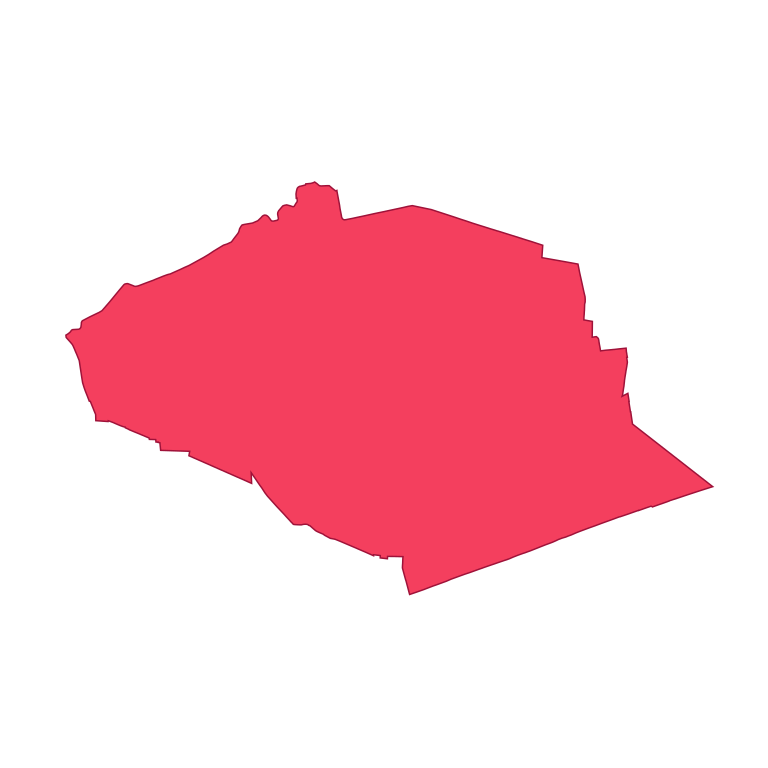 San Nicolás de los Garza, Nuevo León, Mexico (Equal Earth projection), rotated 169°
{"feature_id": "50627088B83196727930026", "entity_name": "San Nicolás de los Garza", "entity_type": "district", "adm_level": 2, "iso_a3": "MEX", "parent_name": "Mexico", "parent_adm1": "Nuevo León", "projection": "equal_earth", "projection_center": [-100.265, 25.736], "detail": "fine", "context": "isolated", "style": "filled", "palette": "rose", "viewbox_px": 768, "rotation_deg": 169, "n_neighbors": 0, "source": "geoboundaries", "source_scale": "gbopen_adm2", "svg_char_len": 5605}
<svg xmlns="http://www.w3.org/2000/svg" viewBox="0 0 768 768"><g transform="rotate(169 384 384)"><path d="M673.0,408.3L673.9,403.0L662.0,399.8L661.7,400.6L657.0,397.7L655.6,396.7L651.0,393.6L648.2,391.9L647.5,391.6L647.0,391.3L646.3,391.1L646.3,390.4L643.5,388.4L643.0,388.0L642.8,387.7L640.8,386.4L636.9,383.8L636.4,383.5L633.8,381.8L632.2,380.7L624.9,375.8L624.9,374.4L618.7,373.0L618.9,370.5L616.9,370.1L617.0,369.8L615.2,369.1L615.9,361.5L591.0,355.8L587.6,355.0L589.2,350.8L566.7,335.2L559.8,330.4L532.9,311.7L531.3,322.3L529.0,317.1L525.4,308.7L523.8,305.3L521.6,299.8L519.7,296.0L512.5,284.0L506.7,274.8L505.4,272.6L502.6,268.1L501.7,266.5L500.9,265.4L499.9,263.7L499.3,263.3L497.9,262.9L494.8,262.1L492.0,261.5L490.2,261.6L488.9,261.5L487.7,261.3L486.3,260.9L485.5,260.4L484.8,259.6L483.6,258.9L483.4,258.6L483.1,258.2L481.8,256.5L480.4,254.7L479.3,253.3L478.6,252.6L477.6,251.8L475.9,250.6L474.3,249.5L472.6,248.4L471.0,246.7L466.1,242.7L463.5,241.7L461.8,241.0L460.8,240.4L457.4,238.2L453.7,235.7L442.9,228.4L440.6,226.8L434.3,222.5L427.0,217.4L426.8,218.4L420.4,216.3L420.9,214.0L414.0,211.8L413.4,214.1L406.6,212.7L398.3,210.9L398.9,208.7L399.4,206.6L399.9,204.4L400.5,202.2L401.0,200.0L401.0,199.7L400.4,191.2L400.1,187.4L400.0,187.2L399.1,173.7L399.0,172.5L391.7,173.5L383.6,174.7L381.5,175.1L375.2,176.2L373.3,176.5L371.1,176.8L364.8,177.8L360.4,178.5L355.5,179.6L350.5,180.4L345.4,181.2L340.9,181.9L336.1,182.5L334.1,182.8L326.5,184.0L322.2,184.6L321.8,184.7L317.6,185.3L306.2,186.9L294.5,188.5L290.0,189.5L285.1,190.4L279.8,191.2L278.0,191.4L275.6,191.8L272.3,192.3L265.4,193.6L262.8,194.1L255.8,195.4L251.3,196.1L248.5,196.6L245.0,197.4L242.4,198.1L240.5,198.4L238.9,198.7L234.7,199.1L232.2,199.6L229.0,200.1L224.1,201.2L219.8,202.0L210.2,203.6L204.2,204.5L196.4,205.8L188.0,207.1L183.6,207.8L178.3,208.7L177.8,208.6L169.6,209.7L163.6,210.6L161.5,210.9L159.6,211.2L158.4,211.4L158.4,211.2L154.2,211.8L150.3,212.4L148.1,212.7L145.9,213.0L145.4,213.1L144.8,212.9L144.4,212.6L144.0,212.1L136.0,213.3L134.4,213.5L130.4,214.1L128.4,214.4L126.7,214.7L126.4,214.7L126.2,214.9L117.2,216.0L107.4,217.3L93.0,219.1L80.9,220.5L147.3,296.8L147.7,297.2L147.3,306.0L147.1,309.6L147.4,309.6L147.0,320.0L146.7,320.0L146.4,328.3L152.6,326.5L151.9,327.7L150.5,331.7L149.4,334.8L149.0,335.8L148.8,336.4L148.3,338.1L147.5,340.6L147.3,341.4L146.0,345.1L144.7,348.6L143.8,351.2L143.6,351.6L142.3,355.0L140.9,359.0L140.7,363.8L140.0,363.8L140.0,364.0L140.0,366.7L139.9,367.8L139.9,369.5L139.6,371.9L139.5,373.0L146.3,373.6L151.5,374.0L152.1,374.1L153.5,374.2L154.6,374.3L157.4,374.6L160.3,374.9L165.1,375.2L165.0,379.0L165.0,382.0L164.9,384.7L164.8,386.1L164.9,387.6L165.2,388.3L165.5,388.7L166.1,389.5L166.6,390.0L170.7,390.2L169.3,396.9L167.5,405.7L169.4,406.4L175.6,408.8L175.2,410.4L175.0,411.4L174.6,412.8L174.2,414.2L173.5,417.0L173.2,418.0L171.8,424.1L170.9,426.1L170.3,428.9L170.0,431.5L170.1,433.4L170.2,435.7L170.3,439.4L170.4,444.9L170.7,455.7L170.7,457.6L170.7,459.7L170.7,464.7L184.3,470.0L204.9,477.9L201.7,489.9L212.3,495.8L216.8,498.2L238.9,510.2L242.8,512.3L243.7,512.7L246.8,514.4L247.2,514.6L251.2,516.7L251.4,516.9L251.5,516.9L253.9,518.2L255.5,519.1L255.9,519.3L260.2,521.6L266.6,525.1L272.0,528.2L277.1,531.0L282.7,534.2L304.3,546.2L322.2,553.7L326.3,553.8L331.5,553.6L352.0,553.2L360.5,553.1L372.0,552.8L378.6,552.7L383.1,552.6L390.0,552.6L391.5,552.7L392.3,553.1L393.3,554.1L393.7,555.7L393.8,556.2L393.7,556.9L393.7,564.7L393.5,568.1L393.4,582.1L393.3,583.0L394.7,582.8L397.2,585.7L399.9,589.1L402.5,589.6L408.0,590.4L409.6,591.0L410.2,591.7L411.6,593.5L413.5,595.5L414.6,595.2L415.8,595.0L417.7,594.9L421.8,595.3L422.6,595.4L423.1,594.4L427.6,594.1L429.3,594.1L430.8,593.5L431.8,592.7L432.4,591.6L433.2,589.9L433.7,588.5L434.1,587.4L434.3,586.0L434.7,583.1L434.0,583.1L434.1,581.6L434.1,580.7L434.3,580.1L434.5,579.6L434.9,579.1L435.5,578.6L436.9,577.1L437.6,576.3L438.2,575.7L438.6,575.4L439.3,575.4L440.1,575.7L440.6,576.0L442.0,576.8L444.5,578.0L445.4,578.4L446.1,578.4L447.1,578.4L447.7,578.4L449.2,578.2L450.6,577.2L453.9,574.5L454.1,574.4L454.9,573.5L455.6,572.4L456.0,571.1L456.1,566.9L456.2,566.2L456.7,565.6L457.5,565.1L461.8,565.0L463.3,565.6L463.8,566.4L464.5,568.0L465.2,569.4L465.7,570.3L466.6,571.4L467.6,572.2L469.0,572.6L470.0,572.5L470.7,572.3L471.1,572.0L471.3,572.0L471.9,571.6L472.4,571.2L472.9,570.8L473.2,570.6L476.8,568.3L478.3,568.0L481.9,567.2L482.3,567.1L491.2,567.3L491.7,567.2L492.9,567.2L493.7,566.6L494.7,565.6L496.1,564.0L497.4,561.3L498.3,560.1L499.0,559.4L503.8,555.2L505.6,553.5L506.8,552.5L511.2,551.4L515.1,550.9L520.3,549.0L525.5,547.1L531.5,544.6L537.0,542.6L541.4,541.2L552.0,537.8L553.0,537.5L557.5,536.5L561.8,535.4L571.7,533.1L572.8,532.8L573.7,532.8L575.4,532.7L576.8,532.5L580.0,532.0L582.5,531.5L588.8,530.3L590.5,529.9L596.7,528.9L598.5,528.6L604.8,527.5L606.8,527.2L609.1,527.2L610.1,527.5L610.7,527.8L611.5,528.4L616.3,531.4L617.4,531.6L618.7,531.6L619.6,531.5L620.5,531.0L626.1,526.5L627.3,525.5L628.9,524.2L637.6,517.0L645.4,510.9L646.8,509.8L650.4,508.5L651.0,508.4L659.8,506.1L668.1,503.6L669.0,502.6L669.4,501.9L669.7,500.5L670.7,497.6L671.8,496.4L673.2,496.0L678.4,496.7L679.2,496.8L680.4,496.5L682.1,494.9L682.6,494.6L683.1,494.3L683.9,493.9L684.7,493.5L685.4,493.2L686.9,492.7L687.0,492.1L687.1,490.3L684.0,485.1L682.5,482.4L682.0,481.0L681.1,477.1L680.6,474.5L680.0,471.9L678.7,465.1L679.1,455.8L679.4,449.1L679.6,442.7L679.1,437.9L678.6,434.5L677.5,428.6L676.6,423.4L675.6,423.0L674.8,418.9L674.3,416.4L673.6,412.6L673.1,410.2L673.0,409.9L672.9,408.9L673.0,408.3Z" fill="#f43f5e" stroke="#9f1239" stroke-width="1.5"/></g></svg>